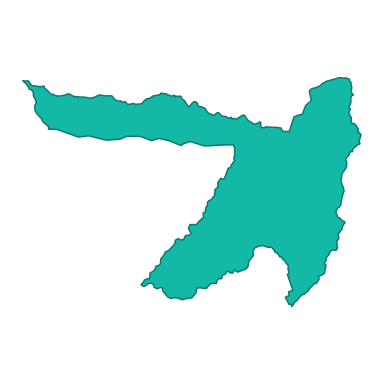 Tambores, Paysandú, Uruguay (Natural Earth projection)
{"feature_id": "84410073B26117167453327", "entity_name": "Tambores", "entity_type": "district", "adm_level": 2, "iso_a3": "URY", "parent_name": "Uruguay", "parent_adm1": "Paysandú", "projection": "natural_earth1", "projection_center": [-56.592, -32.019], "detail": "fine", "context": "isolated", "style": "filled", "palette": "teal", "viewbox_px": 384, "rotation_deg": 0, "n_neighbors": 0, "source": "geoboundaries", "source_scale": "gbopen_adm2", "svg_char_len": 5956}
<svg xmlns="http://www.w3.org/2000/svg" viewBox="0 0 384 384"><path d="M291.8,306.3L292.9,305.3L294.0,303.4L295.2,301.8L297.1,300.5L298.9,297.9L301.2,295.5L301.9,294.9L304.1,294.3L306.7,291.9L307.5,291.6L308.4,290.6L309.4,288.8L310.9,287.0L312.4,286.0L313.2,284.5L313.9,284.1L315.2,283.9L315.7,283.4L316.4,283.3L319.0,279.6L319.0,278.4L318.6,277.1L318.7,276.6L319.8,275.8L322.3,274.8L324.3,273.3L324.7,272.6L325.2,268.8L326.0,266.7L325.7,264.8L324.6,263.7L324.6,262.9L324.8,262.2L325.9,261.0L326.4,257.6L327.3,256.3L329.1,254.7L329.1,253.0L330.0,252.1L330.7,250.9L332.0,250.5L333.1,249.8L335.1,250.6L335.6,250.2L336.2,250.2L336.7,249.3L337.1,249.0L337.5,247.6L337.3,246.4L336.9,246.1L337.1,243.7L336.7,241.5L337.2,240.5L338.3,239.7L338.6,239.0L338.8,237.5L338.4,236.8L338.2,233.4L339.4,232.9L340.7,230.5L341.7,229.8L342.1,228.7L342.1,227.3L343.9,223.9L344.8,223.1L344.7,221.6L342.7,221.0L339.6,218.0L338.3,217.5L337.5,216.9L337.2,215.3L336.3,213.8L335.9,212.7L336.1,211.1L337.3,208.5L339.8,206.6L340.6,205.4L341.1,203.1L341.0,201.5L341.4,200.5L342.9,194.2L344.0,191.1L343.9,189.9L342.9,186.4L342.1,184.9L341.1,181.3L341.0,179.1L341.6,178.3L341.7,175.2L342.8,172.4L344.2,170.8L344.7,169.5L345.9,168.4L346.3,167.6L346.8,162.3L345.8,159.5L345.8,158.4L348.8,155.3L349.7,152.9L350.2,152.0L351.0,151.6L352.3,151.7L352.7,150.9L352.8,149.7L353.0,148.7L358.1,144.4L359.6,144.1L360.0,143.7L359.1,142.0L359.9,138.4L361.0,135.2L361.0,134.9L360.4,134.4L360.1,133.5L359.5,133.2L358.8,132.2L357.5,131.5L358.4,129.9L358.3,129.2L355.5,124.5L354.7,124.0L351.9,123.1L351.5,122.7L351.3,121.7L351.2,119.4L351.4,117.3L349.7,116.0L349.7,114.5L348.9,113.1L348.9,112.6L350.4,109.1L348.8,107.8L349.1,106.2L350.3,104.6L350.9,102.1L350.8,97.9L351.9,95.3L353.1,95.3L352.8,94.1L350.8,92.2L351.5,89.4L351.8,86.7L351.1,85.0L350.9,82.0L349.4,80.7L349.3,79.1L347.5,78.7L345.9,77.7L344.9,78.2L339.1,77.7L326.2,81.4L322.1,83.7L320.2,85.7L315.8,87.7L311.7,88.6L310.6,89.8L309.8,90.2L309.3,91.1L311.1,99.8L310.5,101.6L309.1,102.4L305.7,105.5L302.1,114.6L299.6,114.8L294.1,116.8L289.2,131.5L282.8,131.5L281.0,128.0L276.6,127.4L270.2,127.2L265.5,126.8L264.3,128.0L263.5,127.7L261.3,127.5L260.8,126.8L260.8,123.7L260.6,122.7L260.1,122.2L259.5,121.9L258.9,122.7L258.1,123.1L254.2,124.3L248.0,120.3L247.0,119.1L244.6,115.3L242.3,115.3L236.6,119.1L234.5,118.5L232.1,119.0L231.5,117.4L230.4,117.4L229.4,118.2L227.8,117.8L225.8,116.5L222.2,116.2L218.6,112.7L216.9,112.9L214.1,115.3L211.1,114.3L209.2,113.5L207.3,112.1L205.4,108.9L204.9,108.4L204.3,108.0L203.7,108.0L201.3,106.7L200.0,106.9L198.4,106.1L197.6,104.8L197.5,103.3L195.7,101.9L194.2,101.7L193.6,102.0L191.8,103.5L189.3,106.8L188.9,106.7L187.5,105.3L184.6,100.9L183.7,100.0L181.9,99.0L181.5,97.7L180.9,96.5L180.2,96.2L178.6,96.2L178.0,96.5L176.5,96.2L175.9,96.5L175.3,96.1L175.1,96.6L174.1,95.2L172.5,96.0L170.5,95.9L168.8,95.0L167.8,95.0L166.8,94.2L165.1,93.6L164.1,94.0L162.8,93.3L162.3,93.1L161.8,93.5L161.3,93.3L160.7,93.4L160.5,94.1L159.3,94.7L158.8,95.2L155.9,95.3L155.4,95.8L153.1,95.9L152.4,96.5L152.2,97.1L150.6,97.4L150.2,98.0L149.0,98.5L146.7,98.7L145.4,100.1L144.7,100.2L143.7,101.3L143.6,101.8L142.2,103.0L140.2,104.2L138.1,104.0L136.1,104.3L135.2,104.2L133.7,103.5L132.9,103.5L130.3,104.2L127.9,104.3L126.6,103.6L125.5,101.8L125.0,101.5L123.6,102.3L122.7,102.3L121.0,101.0L118.4,101.1L115.3,99.9L113.7,98.2L112.5,96.4L111.7,95.9L111.0,95.8L107.3,95.9L103.5,95.6L100.6,95.0L98.3,95.3L94.3,97.3L90.2,98.3L86.8,97.5L82.6,97.0L79.2,97.1L77.6,96.6L77.0,96.8L76.4,96.6L74.2,96.6L73.9,96.2L72.8,96.0L70.8,94.7L68.8,93.9L67.5,93.9L64.5,95.4L63.0,95.3L61.7,95.9L58.1,96.0L55.9,95.8L55.0,95.6L53.5,94.4L52.9,94.8L51.5,94.3L50.1,93.3L47.4,90.4L45.2,88.6L44.5,87.8L44.2,86.4L43.8,86.1L43.2,86.1L40.1,86.9L38.9,86.4L36.7,86.3L35.3,85.9L32.4,85.9L30.4,84.0L28.7,81.2L28.3,80.9L24.6,81.0L23.6,80.7L23.0,80.9L26.5,84.1L28.1,86.6L29.3,89.3L31.4,89.7L33.4,92.6L33.4,95.9L35.6,100.0L36.2,102.5L35.2,104.7L34.7,106.6L35.1,110.6L36.7,113.5L41.7,119.1L43.1,122.0L48.5,126.4L48.6,129.2L56.9,129.4L78.4,137.1L88.4,135.8L106.4,140.2L120.2,139.1L127.0,136.2L140.4,136.4L151.6,140.7L158.6,138.4L168.6,140.5L180.9,145.5L183.4,143.8L190.2,141.5L204.6,146.0L222.2,145.0L233.1,144.8L234.5,147.4L234.7,149.0L234.5,153.1L235.0,155.3L233.8,157.8L234.0,159.1L234.8,160.5L233.0,162.4L232.8,163.5L231.1,165.0L230.7,167.0L229.6,167.9L228.3,168.1L224.4,178.6L223.0,179.2L220.7,178.4L217.9,182.4L217.7,187.4L216.4,188.3L215.0,189.7L214.7,195.1L211.1,199.9L209.1,200.5L207.7,201.9L207.2,205.9L205.7,207.9L205.5,211.4L203.1,213.3L203.5,217.2L203.1,217.9L200.0,220.3L196.2,224.8L194.1,224.8L193.3,224.5L190.2,224.6L188.7,227.4L188.6,228.9L190.4,232.2L190.8,233.6L190.1,234.8L189.0,235.3L186.1,235.4L185.2,236.1L183.9,238.9L182.7,239.9L180.7,239.9L178.8,238.9L177.3,239.0L175.4,240.2L175.0,242.8L174.0,244.8L168.6,250.6L166.9,251.2L165.3,252.1L164.6,253.9L163.0,256.3L160.9,258.7L160.6,260.8L160.5,263.7L159.4,264.9L157.9,265.8L156.1,266.0L155.3,268.6L154.0,270.7L150.0,273.1L150.0,276.0L149.5,278.5L146.1,279.2L144.3,280.1L143.6,281.9L143.0,282.9L141.1,284.4L142.9,286.3L144.8,286.2L148.4,283.5L151.4,283.2L153.6,284.8L154.2,287.4L157.4,288.8L159.4,287.8L160.8,287.5L162.5,288.0L163.0,291.3L167.8,297.1L171.2,298.5L173.1,297.7L177.9,298.0L182.1,299.7L188.2,298.2L191.7,298.0L195.9,293.1L196.6,289.4L197.0,288.1L200.0,287.8L205.1,288.6L207.2,287.8L208.5,285.7L211.0,283.6L216.3,283.4L217.3,280.2L218.9,278.5L221.0,278.9L221.8,278.0L222.4,275.6L223.3,274.9L225.5,274.0L226.6,271.6L227.6,271.3L230.6,272.9L232.7,273.1L234.1,270.4L235.0,270.3L237.7,272.1L245.9,269.0L248.1,266.4L248.8,261.3L253.4,255.5L253.0,251.4L254.5,248.1L259.1,246.0L262.8,245.6L267.9,247.3L271.3,247.1L274.1,250.0L274.7,251.7L277.9,253.9L279.6,256.6L282.1,257.7L283.0,259.7L284.7,260.3L285.4,262.2L288.3,265.7L288.0,269.6L288.8,271.5L288.8,273.5L287.4,274.4L292.8,290.2L288.6,291.8L289.2,295.5L285.4,297.2L289.0,304.3L291.3,304.3L291.8,306.3Z" fill="#14b8a6" stroke="#0f766e" stroke-width="1.5"/></svg>